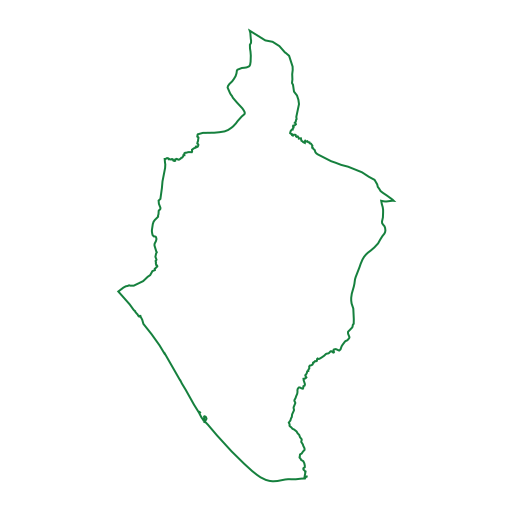 Nagan Raya, Aceh, Indonesia (Natural Earth projection)
{"feature_id": "22746128B8237986094994", "entity_name": "Nagan Raya", "entity_type": "district", "adm_level": 2, "iso_a3": "IDN", "parent_name": "Indonesia", "parent_adm1": "Aceh", "projection": "natural_earth1", "projection_center": [96.507, 4.176], "detail": "fine", "context": "isolated", "style": "outline", "palette": "green", "viewbox_px": 512, "rotation_deg": 0, "n_neighbors": 0, "source": "geoboundaries", "source_scale": "gbopen_adm2", "svg_char_len": 6059}
<svg xmlns="http://www.w3.org/2000/svg" viewBox="0 0 512 512"><path d="M123.4,287.6L118.3,291.5L129.7,304.4L133.5,309.7L134.3,310.6L134.9,310.8L135.0,310.4L135.2,311.7L136.8,313.7L137.5,314.3L138.3,315.8L139.0,316.5L139.3,316.6L139.8,316.2L139.9,315.9L140.4,315.9L140.6,316.7L142.2,319.7L143.4,323.9L151.5,334.1L159.5,345.3L164.5,353.6L164.7,353.4L180.1,380.3L180.3,380.3L181.8,383.4L185.8,390.0L194.0,404.7L198.7,412.2L199.4,412.2L199.6,412.0L200.1,412.5L199.8,412.9L199.5,412.9L199.3,413.3L201.5,417.5L203.1,419.7L203.6,420.7L204.1,421.0L204.5,420.5L204.0,419.4L204.2,418.7L204.0,418.2L204.3,417.6L204.4,417.0L204.1,416.7L204.4,416.3L205.4,416.6L206.0,417.2L206.5,418.7L206.0,419.8L204.8,421.1L204.8,421.6L204.6,422.1L205.6,422.3L208.0,424.8L216.9,435.3L231.6,451.4L244.0,463.6L252.1,471.0L256.9,474.8L260.5,477.3L265.8,479.9L269.5,480.9L272.9,481.3L277.5,481.0L285.2,479.5L288.1,479.2L295.5,479.3L301.6,478.6L305.0,478.5L305.6,477.2L307.4,476.3L307.0,476.3L304.4,477.7L305.4,472.3L305.2,472.4L305.1,471.4L304.8,470.8L303.5,469.6L303.3,468.9L303.5,468.1L304.4,467.6L304.8,467.2L304.8,465.6L304.3,463.3L303.3,461.2L301.1,459.9L300.5,458.6L299.7,457.8L299.5,457.2L299.8,456.4L300.0,454.5L300.5,454.1L301.6,453.6L303.1,451.4L304.5,450.0L304.6,449.1L304.4,448.1L303.2,445.7L302.9,444.5L301.3,442.0L301.3,441.3L301.7,440.0L301.6,439.2L300.0,437.2L299.2,434.9L297.6,433.3L296.6,431.5L294.1,429.5L292.5,428.8L291.3,427.4L289.7,426.1L289.5,425.5L289.6,424.3L288.8,422.6L290.4,420.5L291.0,418.4L291.8,417.0L292.1,414.4L293.9,410.5L294.0,409.8L293.6,408.1L293.6,407.3L295.3,403.1L295.2,402.4L294.5,401.2L294.4,400.2L295.6,397.9L296.1,396.3L297.2,393.8L297.5,391.8L297.4,390.7L297.6,389.2L298.1,388.3L299.0,387.4L300.0,387.5L301.4,388.3L302.8,388.7L303.2,388.0L303.4,386.2L304.6,385.6L304.9,384.5L304.8,383.7L303.7,380.4L303.5,378.8L304.8,378.7L305.5,377.9L306.0,377.9L306.4,377.4L305.6,376.3L305.6,375.7L305.3,375.2L306.2,374.2L306.8,373.1L307.2,371.5L307.4,371.2L308.3,371.0L308.3,370.0L308.5,369.5L309.3,368.5L309.2,366.5L309.8,365.6L310.9,365.4L312.4,364.7L312.7,364.3L313.0,362.9L313.5,362.8L313.6,362.2L314.5,361.9L315.0,361.1L316.6,361.1L316.9,360.8L317.1,359.0L317.6,358.5L318.6,359.0L319.4,358.8L321.6,357.5L324.2,355.7L325.8,354.1L326.6,353.7L328.3,353.4L328.9,353.1L330.5,351.4L331.0,351.2L331.5,351.3L333.3,352.6L333.7,352.5L334.0,352.1L333.4,350.5L333.7,349.6L335.3,349.1L336.1,349.2L339.0,350.5L339.3,350.5L340.5,349.4L341.6,346.3L342.6,344.7L345.0,341.5L345.8,340.9L346.6,340.7L347.6,340.0L349.0,338.4L349.4,337.6L349.4,337.0L348.1,333.8L348.0,332.5L348.1,331.7L351.9,327.8L352.5,326.9L352.8,325.0L353.2,324.3L353.7,323.8L353.8,319.2L353.3,308.6L351.6,303.5L351.2,300.5L351.2,297.8L351.8,293.6L353.8,286.6L354.4,283.8L355.0,279.4L355.7,277.0L359.5,267.2L360.7,263.7L362.5,259.5L364.1,256.8L366.0,254.5L367.9,252.7L370.8,250.5L374.3,247.5L378.1,243.4L380.2,239.6L382.4,236.1L384.4,233.6L385.1,232.1L385.4,230.4L385.1,228.0L384.5,226.3L382.9,224.4L382.1,223.1L382.0,221.5L382.9,217.5L383.1,212.5L383.1,209.8L382.7,207.1L381.8,204.0L381.2,200.8L384.2,201.4L386.2,201.5L392.6,200.7L393.7,200.8L392.6,199.7L386.7,195.4L383.1,193.0L380.6,191.1L379.1,188.6L377.8,186.9L377.2,184.4L374.6,179.9L368.9,176.8L362.0,172.3L348.1,166.7L341.2,164.9L335.5,162.7L331.1,161.2L317.8,154.4L316.5,153.5L315.5,152.4L315.0,151.1L314.8,150.2L313.2,148.7L312.8,147.8L312.2,147.7L312.2,146.4L312.4,145.7L311.0,143.7L309.7,143.3L309.5,142.4L308.0,142.1L307.4,141.2L306.2,141.6L305.2,140.7L304.9,141.1L304.8,142.9L303.1,142.1L302.7,141.5L301.4,140.7L300.9,138.3L298.8,138.6L298.6,137.6L297.7,136.4L296.7,136.9L296.0,136.4L295.6,134.9L294.7,134.7L293.3,134.8L292.9,135.6L292.0,135.1L291.8,134.0L290.9,133.8L290.1,133.1L290.7,131.0L291.8,129.6L292.7,129.6L293.0,128.0L293.6,127.6L293.6,126.9L293.0,126.2L293.2,125.6L294.7,125.3L295.9,124.3L295.5,123.2L294.8,122.8L295.8,121.5L296.0,120.0L296.6,119.1L296.3,116.9L299.0,104.1L298.4,99.8L297.0,95.5L294.0,91.6L293.0,84.8L292.0,83.0L292.4,79.4L292.2,74.2L292.7,70.0L292.6,66.6L289.1,55.8L285.6,52.8L285.0,52.5L279.4,46.1L272.6,41.8L265.3,40.4L249.7,30.7L250.3,32.7L250.8,39.0L251.1,40.6L251.0,42.9L249.9,44.8L250.0,48.5L250.5,51.7L250.8,55.7L250.6,61.8L250.1,64.8L249.3,66.2L248.1,66.8L246.6,67.4L244.8,67.7L241.8,68.0L237.5,69.7L236.9,70.5L236.5,73.3L235.6,76.1L234.0,78.8L232.2,81.3L229.4,84.0L228.0,86.0L227.6,87.6L230.0,93.1L230.9,94.7L231.8,95.7L232.9,97.8L237.0,102.6L242.4,108.4L243.8,110.5L244.7,112.3L244.7,113.6L244.4,114.2L241.7,116.5L237.6,121.1L236.0,123.3L233.2,126.3L231.5,127.7L228.1,130.0L224.6,131.4L219.5,132.2L214.5,132.7L202.8,132.9L197.8,134.3L197.4,135.2L197.6,136.0L197.3,136.6L197.5,136.9L198.3,137.3L198.5,137.8L198.2,139.1L198.0,141.1L197.6,142.0L197.3,143.5L198.1,144.2L198.4,144.8L198.2,145.7L197.7,146.7L196.6,147.2L196.2,146.5L195.8,146.6L195.7,147.2L195.3,147.8L193.9,148.3L192.0,149.7L192.1,151.6L191.8,152.2L188.4,152.1L186.0,152.8L185.3,152.7L184.6,153.1L184.3,153.4L184.4,155.0L183.8,154.9L183.3,155.2L183.4,155.9L183.1,156.5L182.0,157.7L181.3,157.8L180.9,158.4L179.2,159.6L178.2,159.7L177.6,159.2L176.4,158.9L176.1,159.3L175.3,159.3L175.0,159.8L175.1,160.8L174.3,161.0L173.2,160.5L172.9,159.4L172.5,159.1L171.5,159.1L171.2,159.5L169.9,159.4L168.8,158.7L168.5,159.0L168.1,158.3L167.2,158.1L166.5,158.3L165.6,159.0L164.7,159.0L165.0,162.6L165.3,164.4L165.1,168.0L162.5,181.3L161.9,188.1L160.4,198.9L158.6,200.6L158.9,203.8L160.4,207.7L160.4,208.8L160.0,209.5L159.1,210.2L158.7,210.8L158.5,214.1L158.0,215.8L158.1,216.7L154.8,220.0L153.6,221.7L152.8,224.1L151.9,230.1L151.9,231.5L152.2,233.5L152.6,235.1L153.8,236.4L154.6,236.4L155.6,236.7L156.0,237.2L156.4,238.6L156.4,239.4L155.9,241.2L154.7,243.5L154.5,244.3L154.5,245.6L156.3,251.5L156.8,252.2L156.1,253.5L155.4,256.8L156.5,259.7L156.0,260.7L155.6,261.0L156.0,262.7L155.8,263.1L156.2,265.0L156.9,265.3L157.2,265.8L157.3,266.5L156.2,267.4L155.5,268.3L154.8,268.7L154.9,270.1L152.4,271.1L150.2,275.1L147.7,276.8L143.2,281.1L133.7,285.7L130.4,285.7L129.1,285.3L127.8,285.9L125.8,286.3L123.4,287.6Z" fill="none" stroke="#15803d" stroke-width="2"/></svg>